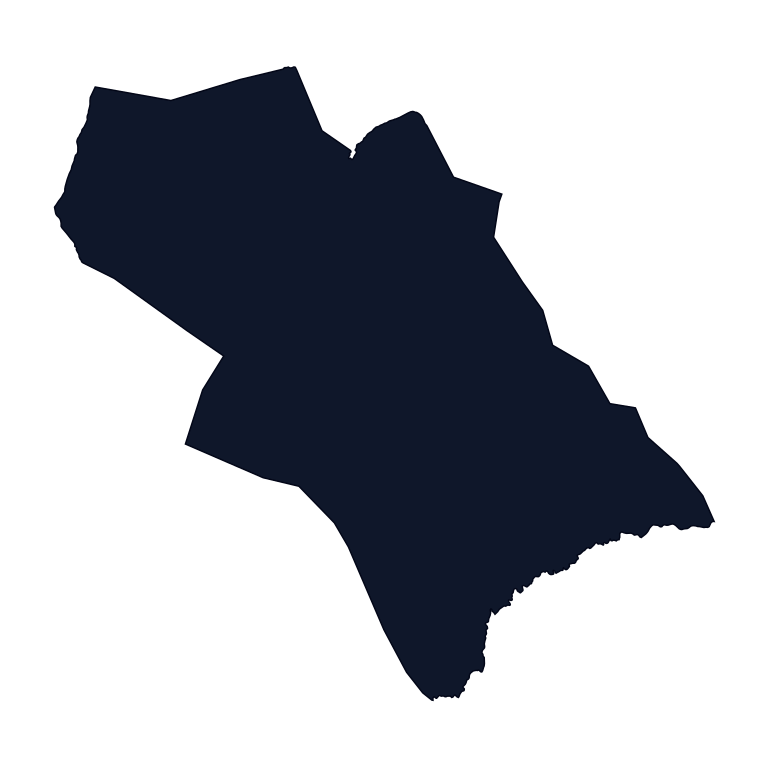 outline of O'mnogovi, Uvs, Mongolia, rotated 271°
{"feature_id": "93677404B24799113543159", "entity_name": "O'mnogovi", "entity_type": "district", "adm_level": 2, "iso_a3": "MNG", "parent_name": "Mongolia", "parent_adm1": "Uvs", "projection": "robinson", "projection_center": [91.474, 49.101], "detail": "fine", "context": "isolated", "style": "filled", "palette": "ink", "viewbox_px": 768, "rotation_deg": 271, "n_neighbors": 0, "source": "geoboundaries", "source_scale": "gbopen_adm2", "svg_char_len": 6038}
<svg xmlns="http://www.w3.org/2000/svg" viewBox="0 0 768 768"><g transform="rotate(271 384 384)"><path d="M252.3,716.5L277.8,704.7L306.6,681.2L309.7,678.4L335.1,648.8L364.5,635.8L368.3,610.2L405.4,588.2L425.7,551.9L460.4,541.4L488.4,520.6L532.7,491.0L568.2,495.9L575.9,498.5L592.0,449.9L643.1,422.3L645.1,420.4L648.7,418.9L652.2,417.0L653.8,415.5L655.1,413.8L656.1,411.9L656.2,410.6L656.8,409.0L657.0,408.0L656.6,406.0L655.4,403.4L650.8,395.1L650.2,393.6L649.2,391.4L648.9,390.0L648.4,389.2L647.2,385.3L646.9,384.6L645.4,382.5L645.0,381.8L644.8,380.4L643.3,377.7L642.6,375.8L641.9,375.0L641.4,374.0L640.7,371.6L638.9,369.6L638.2,368.9L637.1,368.3L635.9,366.8L635.3,365.6L633.5,363.2L630.3,361.2L629.6,359.9L629.1,359.6L626.1,358.4L625.6,357.2L624.4,356.1L623.8,354.3L622.8,352.8L621.8,352.5L619.5,352.3L617.8,351.2L617.4,351.1L617.2,351.2L616.7,351.9L616.2,352.1L614.9,352.5L614.3,352.3L611.9,350.7L608.7,349.2L608.0,348.5L607.9,347.9L609.2,346.4L608.8,344.9L609.1,344.6L610.7,344.8L611.6,345.5L612.5,345.9L613.0,345.9L613.6,345.4L613.9,345.4L614.2,345.5L614.8,346.5L615.4,346.8L616.0,346.9L616.9,346.4L636.1,317.6L695.9,291.4L699.1,289.8L699.3,289.2L699.4,288.5L699.3,287.9L698.7,286.9L698.3,285.3L698.6,283.8L699.2,282.9L698.6,280.9L698.6,279.3L697.8,278.1L697.1,277.9L685.9,234.8L663.7,166.0L675.9,90.1L665.4,85.4L662.1,85.1L658.6,85.2L656.4,84.9L651.8,83.8L649.7,83.7L647.0,82.7L645.6,82.5L642.9,82.8L639.4,81.4L635.4,79.5L633.1,77.7L630.2,77.0L628.2,75.7L625.8,74.7L624.5,73.7L623.0,73.1L621.3,72.7L620.1,72.8L617.2,73.6L615.5,73.8L610.1,73.8L609.9,73.5L608.8,73.2L607.7,72.0L607.0,71.5L603.6,70.6L601.8,70.4L596.6,68.3L592.7,67.5L588.9,65.7L583.0,63.7L576.1,61.9L573.5,61.5L571.1,61.5L570.2,61.2L567.9,59.8L565.1,58.4L561.1,55.4L557.2,53.0L555.3,51.6L554.9,51.5L549.2,52.7L547.8,53.2L546.5,54.2L544.8,56.1L543.9,56.8L542.9,57.4L541.2,58.0L539.1,58.4L536.0,58.4L534.1,59.6L529.4,63.8L523.2,68.8L520.6,71.3L518.8,72.4L516.2,72.5L515.3,73.9L514.6,74.4L513.6,74.0L512.6,74.2L510.3,75.4L509.6,76.0L507.7,76.8L505.7,77.0L503.6,78.0L502.4,79.1L500.9,79.6L499.9,80.9L484.9,112.4L433.9,186.1L409.2,223.3L374.9,202.8L320.5,186.5L288.2,264.8L280.3,300.7L244.3,336.8L220.6,351.2L138.3,388.2L96.2,411.6L75.9,428.1L68.8,437.3L68.6,438.5L70.5,438.4L71.4,438.7L72.0,439.2L72.1,439.6L71.9,439.9L70.7,441.6L70.7,442.1L72.8,443.9L73.3,444.3L73.5,445.0L73.5,445.6L72.9,446.5L72.9,447.0L73.2,448.8L72.6,449.9L72.4,450.7L72.4,451.4L73.0,452.8L73.1,455.6L72.7,456.3L71.8,457.1L72.0,457.8L72.4,458.5L73.8,459.5L74.3,460.2L74.1,460.7L72.5,462.4L71.9,463.8L72.7,464.4L75.3,465.3L76.9,466.3L78.0,467.2L78.3,467.8L78.5,468.7L78.8,469.3L79.6,469.6L80.6,469.6L81.9,468.4L82.7,468.1L85.1,470.4L86.7,471.2L89.4,471.9L90.5,473.6L91.1,474.0L92.0,474.3L93.8,474.4L95.0,474.7L96.0,475.2L97.1,476.2L98.7,478.3L99.2,480.6L99.3,481.7L99.2,482.5L99.6,483.1L99.5,483.7L99.1,484.4L97.8,486.0L97.8,486.8L99.1,487.6L102.8,488.6L103.7,489.0L106.1,489.3L112.2,489.0L114.0,487.7L114.9,487.7L115.6,487.5L117.1,486.6L117.7,486.6L118.9,486.9L119.6,487.2L122.0,489.1L123.5,489.2L125.9,488.8L129.1,489.4L131.4,490.1L132.1,490.1L132.8,489.7L133.6,489.6L134.3,489.8L135.6,490.6L136.4,490.8L139.2,490.3L140.1,490.5L141.1,491.5L141.6,491.8L143.4,491.4L145.1,490.0L145.7,489.6L146.2,489.5L147.0,490.1L147.8,492.0L148.3,492.5L151.1,492.8L154.4,494.1L157.0,494.6L159.3,494.2L160.1,494.2L161.0,494.8L160.7,495.5L160.1,495.8L159.0,495.8L158.1,496.9L158.1,497.3L155.7,499.0L158.3,501.6L160.9,503.3L164.2,507.8L164.0,509.6L165.1,511.4L165.1,511.8L164.9,513.5L165.0,513.8L165.6,514.1L166.8,513.8L168.2,512.7L169.0,512.3L169.9,512.2L170.4,512.8L169.8,514.6L169.9,515.3L170.2,515.8L171.0,516.0L172.7,515.4L174.0,515.9L176.0,515.6L176.5,515.7L177.6,516.7L180.6,517.3L181.1,517.6L181.6,518.1L181.7,519.0L181.6,519.8L181.0,520.5L180.1,520.7L179.5,521.0L178.8,521.8L178.3,522.8L177.6,523.8L177.7,524.2L179.7,526.3L180.1,526.5L180.8,526.5L183.9,525.7L184.4,525.8L185.0,526.9L184.7,528.1L184.1,529.1L183.7,530.1L183.7,530.5L184.0,531.0L184.6,531.5L185.1,532.3L186.4,533.0L186.9,534.7L187.5,535.1L188.9,535.4L189.7,536.1L191.3,536.1L193.7,537.9L194.1,538.6L194.2,539.3L194.0,541.5L194.2,542.1L195.2,543.1L196.2,543.6L197.8,544.0L198.5,544.7L199.2,546.3L199.3,546.8L198.7,548.4L199.8,549.4L200.0,549.9L199.0,551.2L197.7,551.9L196.8,553.0L196.4,554.0L196.4,554.7L196.7,556.3L197.0,556.8L197.9,557.0L199.9,556.2L200.6,556.6L200.6,557.0L200.1,557.9L198.3,558.7L198.0,559.1L197.9,559.5L198.8,560.8L199.2,561.8L200.4,563.5L200.7,564.2L200.8,565.8L201.2,566.2L203.1,566.4L203.4,566.6L203.4,566.8L202.4,567.6L201.6,568.8L201.6,569.6L201.9,570.2L202.5,570.9L204.8,572.6L206.5,572.3L207.1,572.4L207.3,572.7L207.5,573.9L208.0,575.2L208.1,577.3L208.3,577.9L209.2,578.7L211.0,579.4L212.3,580.9L212.8,581.2L213.4,581.2L215.7,580.1L216.3,580.3L217.6,583.3L220.3,585.9L221.2,587.5L223.4,589.4L223.7,590.2L224.0,591.8L223.4,592.2L223.2,592.6L223.6,593.6L226.8,596.8L228.7,598.1L229.0,598.7L229.1,599.5L228.1,600.4L227.7,601.0L228.0,602.2L227.9,603.8L227.1,605.4L226.8,605.9L226.9,606.2L227.5,606.4L228.8,606.3L229.3,606.8L229.4,607.2L229.3,607.7L228.6,608.6L228.5,609.1L228.8,610.2L229.3,610.8L232.8,612.6L232.9,612.9L231.5,613.6L231.3,613.9L231.3,615.1L231.6,615.4L231.9,616.6L231.8,617.1L231.2,619.0L232.2,620.1L232.5,621.8L233.8,622.0L234.8,622.4L238.6,622.3L239.8,623.4L240.2,624.2L240.0,625.1L239.4,626.6L238.9,629.0L239.2,633.5L239.0,634.3L238.0,636.2L237.4,636.7L237.3,637.5L237.6,638.1L237.8,639.1L237.8,640.3L237.4,641.2L235.6,642.5L235.0,643.9L238.6,648.3L240.1,649.6L241.5,650.6L244.5,652.1L246.8,654.0L247.9,655.5L247.5,660.3L246.8,661.6L246.1,662.6L246.0,663.5L246.3,664.4L247.1,664.9L248.2,666.4L247.7,669.3L247.9,670.8L248.8,673.4L249.1,674.9L248.8,676.3L247.6,678.2L244.3,681.8L243.7,683.5L243.7,684.4L244.4,686.4L244.8,689.8L245.5,691.1L247.1,693.0L247.5,693.9L247.8,695.5L247.7,697.1L247.5,698.6L247.0,700.1L246.9,702.3L246.1,706.5L246.3,707.2L246.4,708.7L246.3,710.0L246.6,710.8L247.1,711.6L250.6,713.1L251.7,714.0L252.4,715.6L252.3,716.5Z" fill="#0f172a" stroke="#020617" stroke-width="1.5"/></g></svg>